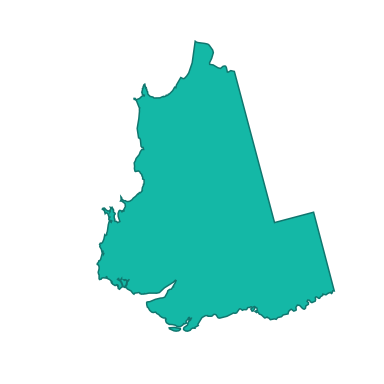 West Daly, Northern Territory, Australia, rotated 345°
{"feature_id": "25037944B73531494726593", "entity_name": "West Daly", "entity_type": "district", "adm_level": 2, "iso_a3": "AUS", "parent_name": "Australia", "parent_adm1": "Northern Territory", "projection": "albers", "projection_center": [129.851, -14.087], "detail": "fine", "context": "isolated", "style": "filled", "palette": "teal", "viewbox_px": 384, "rotation_deg": 345, "n_neighbors": 0, "source": "geoboundaries", "source_scale": "gbopen_adm2", "svg_char_len": 6017}
<svg xmlns="http://www.w3.org/2000/svg" viewBox="0 0 384 384"><g transform="rotate(345 192 192)"><path d="M264.1,86.5L260.9,84.8L258.0,85.6L257.2,85.3L257.4,80.7L257.1,79.4L256.5,78.8L254.6,78.6L251.5,80.0L249.3,78.8L245.3,74.7L242.1,73.3L242.4,71.7L245.6,68.0L248.7,62.9L248.7,60.2L246.6,54.6L245.6,53.3L243.0,51.9L236.7,49.3L235.2,48.5L234.1,47.2L225.6,67.3L219.7,76.1L216.9,78.6L214.1,80.3L212.7,80.2L210.8,78.5L204.7,84.6L203.4,87.0L202.9,86.3L202.4,86.2L199.6,89.1L195.5,91.5L194.5,91.4L193.6,92.3L192.8,92.3L192.2,91.8L191.3,92.7L189.4,92.7L189.4,92.3L188.1,92.3L185.4,92.8L179.7,91.4L178.9,90.2L176.4,88.9L174.9,86.5L174.7,84.9L175.1,84.0L174.6,82.3L174.9,81.0L174.2,80.0L174.8,79.2L174.1,78.5L174.2,77.9L173.8,77.4L174.3,76.8L174.3,75.6L173.3,76.0L171.9,77.9L171.8,78.8L170.9,79.2L170.7,80.3L169.3,82.7L169.6,83.3L169.2,84.4L170.4,85.9L171.0,86.2L170.6,86.8L170.0,86.2L168.4,86.5L165.4,88.1L162.6,88.4L161.7,88.2L161.2,86.8L160.2,86.6L160.1,87.6L161.2,88.1L162.0,89.6L162.8,96.5L163.3,97.3L162.8,97.7L162.1,100.6L159.7,107.2L155.5,116.4L154.4,125.9L155.3,126.4L155.7,128.0L154.6,134.6L155.3,136.1L156.3,136.3L156.3,138.4L154.5,138.0L152.6,139.6L150.6,142.3L146.7,145.1L145.2,147.4L143.7,148.9L143.2,152.3L142.4,154.5L142.3,157.1L142.7,157.6L145.8,157.8L146.9,159.4L147.1,160.7L148.0,162.0L147.8,163.5L148.2,164.7L147.7,166.7L148.9,167.7L147.8,171.8L147.1,171.9L146.7,173.2L145.2,174.9L144.1,177.5L144.3,177.9L141.9,179.4L141.0,178.9L139.7,180.1L139.1,179.8L136.4,181.6L133.7,182.7L132.0,184.0L129.4,184.8L127.3,184.6L125.9,183.8L125.5,183.2L123.9,182.7L122.4,180.6L122.6,179.4L122.1,178.2L121.6,181.0L120.6,182.2L121.8,182.6L124.3,185.9L123.9,188.8L121.6,191.3L121.4,192.7L120.6,192.7L120.6,192.0L120.3,192.0L119.2,193.0L118.7,191.7L117.5,191.0L116.6,191.4L115.1,193.5L114.4,196.4L114.7,201.9L112.2,202.3L111.6,201.1L110.9,200.5L110.1,200.5L109.7,199.7L110.4,198.5L110.2,196.9L110.5,195.5L111.2,193.9L112.1,193.4L112.2,192.7L111.0,191.0L111.6,189.0L111.0,186.8L110.8,187.2L110.7,186.6L109.2,185.7L109.3,186.3L109.9,186.2L109.7,186.8L107.9,188.5L108.1,189.3L107.6,189.9L107.8,188.8L105.9,188.6L104.5,187.2L103.3,184.9L101.9,184.6L100.9,185.3L101.6,186.2L101.7,185.9L102.0,186.0L102.5,186.8L102.5,190.4L103.1,189.9L104.2,190.2L105.1,191.3L105.3,194.7L106.2,195.0L105.7,195.8L105.8,195.2L105.1,195.3L104.5,197.3L105.0,198.0L106.0,198.7L106.0,198.4L106.4,198.5L107.0,199.2L106.3,199.3L106.1,200.3L105.0,199.3L104.2,199.3L102.7,201.9L100.0,208.2L98.6,210.2L98.6,211.2L97.3,211.6L96.7,210.7L94.7,214.7L92.9,217.1L91.3,218.2L90.2,217.7L89.1,218.8L89.4,219.8L88.8,220.9L89.6,223.8L89.5,226.6L90.2,225.9L90.7,226.2L90.0,227.2L90.3,228.2L90.9,228.4L90.9,228.7L90.6,229.0L90.7,228.6L89.3,228.2L86.3,233.4L85.1,234.4L84.3,234.3L83.1,236.0L82.1,236.4L81.7,237.5L82.7,238.3L82.9,240.2L82.3,242.3L80.6,245.2L80.5,247.0L80.8,248.0L79.8,251.7L80.0,252.6L81.7,252.7L82.2,252.0L83.9,251.8L87.2,253.1L87.8,252.3L87.2,251.6L87.1,251.2L87.9,252.2L87.6,253.4L89.8,255.3L91.1,257.3L90.7,257.3L90.7,258.9L91.0,259.4L91.3,259.2L91.5,260.4L93.5,262.5L95.3,262.0L95.6,262.2L95.0,262.4L95.8,263.3L96.1,263.0L96.4,263.3L96.5,264.0L95.8,264.4L96.2,265.7L95.8,266.2L96.8,267.2L98.7,266.0L99.6,265.9L100.5,264.7L100.2,261.2L99.5,259.2L96.9,256.7L98.4,257.5L98.8,255.8L98.7,257.6L99.7,258.8L101.7,257.2L101.6,257.8L100.3,258.5L100.0,259.0L100.7,261.1L101.0,265.5L101.9,266.5L104.4,264.6L106.1,261.2L104.9,259.6L103.8,259.9L103.3,259.1L105.3,259.5L106.5,261.2L109.0,260.1L107.3,261.2L107.9,261.7L107.1,261.4L106.4,261.7L105.2,264.6L102.9,266.9L104.0,267.7L104.4,268.9L107.4,271.7L108.7,274.7L109.5,275.7L110.5,274.9L114.9,275.4L115.5,276.0L115.4,276.6L116.6,277.5L119.1,278.1L119.7,277.8L120.0,278.2L121.4,278.4L124.2,278.5L131.8,280.6L134.5,280.7L140.6,277.4L150.7,274.3L153.1,272.9L153.7,273.4L152.4,275.2L149.6,277.9L149.6,278.8L148.8,278.7L147.0,280.5L145.1,280.3L143.1,281.1L142.1,282.8L138.5,286.5L136.2,286.7L134.0,286.3L128.8,286.2L123.0,287.0L120.1,286.6L119.5,287.2L119.1,289.3L119.1,291.7L119.6,292.0L120.5,295.3L121.9,297.5L123.3,298.4L125.8,298.6L126.5,300.2L128.3,301.9L128.8,303.2L130.2,305.0L131.8,306.3L133.7,306.9L134.1,308.1L133.3,308.5L133.3,310.9L133.9,312.2L135.7,314.0L138.6,314.9L141.5,316.4L142.6,317.8L145.8,319.1L148.8,318.0L150.0,317.0L150.5,317.5L152.8,317.2L152.6,316.1L153.0,315.1L154.8,314.0L156.2,312.4L156.9,312.5L156.6,313.6L157.3,314.2L158.6,313.7L159.0,313.1L158.9,313.6L158.3,314.0L157.9,314.7L156.1,314.6L155.7,315.6L156.4,315.8L154.8,316.6L153.2,319.4L149.2,320.8L148.4,322.0L148.3,322.8L149.9,324.6L151.8,325.3L154.5,325.1L155.8,324.1L157.4,323.6L159.4,324.3L159.2,323.7L163.5,322.6L163.3,322.0L163.7,321.0L169.1,315.9L172.9,314.9L175.1,315.4L175.2,316.1L178.4,317.0L179.7,316.9L181.1,315.9L182.5,316.1L183.5,316.9L184.5,320.0L185.5,320.8L186.4,321.0L193.6,321.1L200.8,319.6L202.1,320.3L203.8,320.3L207.3,317.4L208.0,317.2L208.7,317.6L210.1,319.3L211.7,319.0L213.8,319.7L214.5,319.6L215.8,318.1L218.2,318.4L219.1,318.1L220.1,318.5L220.3,319.1L220.1,319.6L218.5,320.2L219.2,322.7L220.6,322.7L222.7,320.4L221.9,319.2L222.0,318.8L222.6,318.7L224.4,320.6L224.7,321.1L224.5,323.2L223.0,323.3L222.0,323.8L223.2,325.2L224.0,324.9L224.8,325.3L225.4,327.3L227.2,328.6L229.5,332.4L230.6,332.6L232.1,332.2L232.6,333.0L233.6,333.6L234.6,335.6L238.8,335.9L240.4,336.8L242.3,335.5L246.2,335.6L248.3,334.3L253.2,334.6L254.4,332.4L256.9,331.0L257.6,331.0L259.5,333.4L261.8,333.2L262.3,332.3L262.4,330.4L264.5,328.5L266.6,329.4L268.6,333.1L269.9,334.2L270.5,334.2L271.6,333.6L272.1,332.2L272.9,331.3L275.3,330.7L275.9,328.9L274.8,327.5L275.8,326.3L277.3,326.9L278.2,329.0L279.2,329.9L282.8,329.3L283.6,327.8L283.7,326.0L284.3,325.5L285.1,325.5L286.9,327.5L287.7,327.7L289.1,326.4L291.5,325.7L292.0,324.5L294.8,326.0L297.1,325.1L299.9,324.8L300.2,324.9L300.1,325.8L300.5,326.2L301.2,325.8L302.4,323.9L303.8,324.4L304.2,243.0L263.8,242.9L264.1,86.5ZM138.6,321.4L140.7,322.3L143.3,322.6L145.2,321.8L145.4,321.0L140.1,318.3L134.8,317.3L134.8,318.3L138.6,321.4Z" fill="#14b8a6" stroke="#0f766e" stroke-width="1.5"/></g></svg>